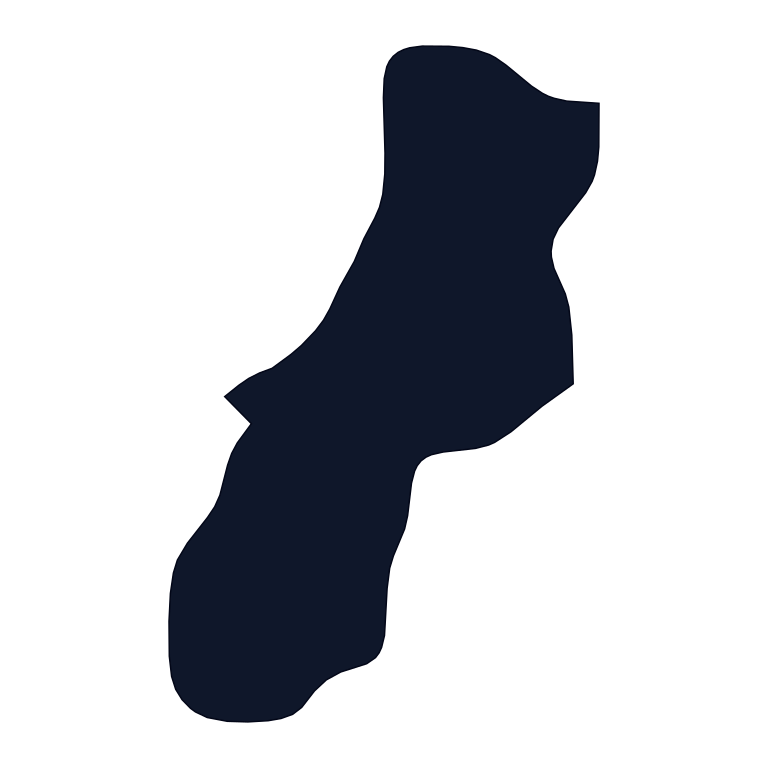 outline of Cayetano Germosén, Espaillat, Dominican Republic
{"feature_id": "3306468B9406738878397", "entity_name": "Cayetano Germosén", "entity_type": "district", "adm_level": 2, "iso_a3": "DOM", "parent_name": "Dominican Republic", "parent_adm1": "Espaillat", "projection": "mercator", "projection_center": [-70.472, 19.336], "detail": "fine", "context": "isolated", "style": "filled", "palette": "ink", "viewbox_px": 768, "rotation_deg": 0, "n_neighbors": 0, "source": "geoboundaries", "source_scale": "gbopen_adm2", "svg_char_len": 1361}
<svg xmlns="http://www.w3.org/2000/svg" viewBox="0 0 768 768"><path d="M573.2,383.8L571.8,335.0L568.8,307.0L565.3,293.9L554.0,268.4L551.4,257.1L551.1,251.1L553.1,239.2L558.5,227.9L585.7,192.7L592.1,181.4L594.5,174.9L597.5,161.2L598.8,147.0L599.0,103.3L566.7,101.1L554.2,98.3L548.2,96.2L542.4,93.3L531.5,86.1L506.1,65.2L495.4,57.7L489.5,54.6L476.4,50.1L462.8,47.6L449.1,46.3L422.2,46.1L409.6,47.8L403.7,49.6L398.2,52.3L393.2,56.3L389.4,61.2L386.8,66.7L384.2,78.6L383.4,97.8L385.0,153.1L384.8,173.9L382.8,194.3L379.5,207.3L374.8,218.1L363.9,238.7L354.3,261.4L339.9,287.0L329.8,309.0L323.5,320.2L315.5,330.8L301.4,345.5L291.0,354.4L272.1,368.3L259.7,372.9L248.8,378.4L238.9,385.2L224.7,396.6L251.4,423.7L237.3,442.9L231.7,453.4L227.6,465.1L219.9,495.2L214.7,506.8L207.5,517.5L187.4,543.2L177.4,560.0L173.4,573.0L170.4,593.4L169.0,621.3L169.3,656.2L171.6,676.4L175.7,689.3L182.1,699.7L190.5,708.3L195.4,711.9L207.2,717.5L227.3,721.3L247.9,721.9L268.2,720.7L281.0,718.5L292.7,714.3L301.7,707.4L314.5,690.9L326.3,679.9L340.7,672.0L366.7,663.7L375.5,657.6L379.1,652.8L381.6,647.4L384.5,635.5L387.1,588.5L389.7,568.1L393.4,555.9L404.6,529.0L407.6,515.8L411.5,483.1L414.6,471.1L417.2,465.7L421.0,460.9L425.9,457.2L431.4,454.7L443.2,452.0L475.5,448.4L488.7,445.0L494.6,442.4L511.1,431.7L542.0,406.2L573.2,383.8Z" fill="#0f172a" stroke="#020617" stroke-width="1.5"/></svg>